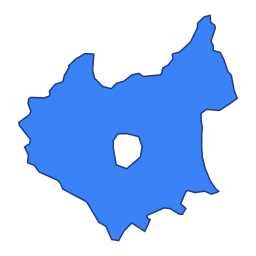 the Kingdom of Leicestershire
{"feature_id": "GBR-2054", "entity_name": "Leicestershire", "entity_type": "Kingdom", "adm_level": 1, "iso_a3": "GBR", "parent_name": "United Kingdom", "parent_adm1": "", "projection": "mercator", "projection_center": [-1.072, 52.67], "detail": "fine", "context": "isolated", "style": "filled", "palette": "blue", "viewbox_px": 256, "rotation_deg": 0, "n_neighbors": 0, "source": "natural_earth", "source_scale": "10m", "svg_char_len": 1383}
<svg xmlns="http://www.w3.org/2000/svg" viewBox="0 0 256 256"><path d="M210.1,15.4L210.6,22.1L214.7,25.3L215.3,28.1L211.0,41.2L213.3,46.0L213.2,50.5L220.2,52.4L223.7,59.2L227.9,71.5L231.3,75.3L234.1,90.3L237.2,98.3L230.0,103.6L219.4,110.4L206.4,109.4L201.1,113.3L201.1,121.1L202.3,126.9L201.7,133.7L201.7,147.3L202.3,157.0L205.2,168.7L210.5,181.3L215.8,189.0L218.7,191.3L217.7,192.1L211.4,194.1L204.8,191.2L194.9,192.6L187.7,190.4L185.7,191.9L180.6,203.9L185.8,208.4L182.5,214.3L179.4,214.2L170.1,208.6L164.2,207.9L147.6,215.1L146.8,216.3L147.7,218.5L150.2,219.7L144.8,231.4L131.9,223.0L124.0,230.9L118.7,240.6L111.7,239.5L105.8,226.2L98.9,222.3L86.7,201.8L62.7,189.0L60.7,183.9L57.7,180.3L39.4,172.1L34.1,165.2L27.5,162.7L28.4,155.0L24.5,147.0L29.7,143.7L30.3,139.2L19.5,125.6L18.8,122.5L30.0,114.3L30.9,111.1L28.1,103.7L28.6,99.0L30.6,97.4L44.2,97.9L49.0,96.1L50.0,95.1L49.4,91.1L55.3,84.2L62.8,81.8L64.4,75.3L69.1,67.3L68.6,65.8L75.9,58.9L84.8,53.7L93.8,54.1L92.6,70.5L94.6,78.3L102.6,86.5L111.3,88.7L116.4,83.4L124.1,81.1L132.0,74.8L139.0,73.4L143.2,76.5L160.2,74.9L161.8,73.0L162.7,68.1L168.3,64.9L173.1,58.8L172.3,54.8L173.0,53.8L179.8,51.9L190.6,41.9L197.4,27.8L197.7,23.1L204.3,16.8L210.1,15.4ZM126.8,168.7L140.4,157.0L142.2,146.4L138.6,136.6L127.4,133.7L118.0,133.7L113.3,140.5L113.3,148.3L116.2,164.8L126.8,168.7Z" fill="#3b82f6" stroke="#1e3a8a" stroke-width="1.5"/></svg>